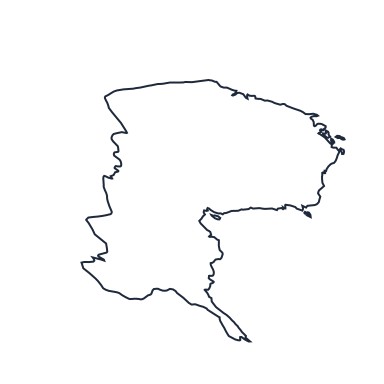 Finland, Equal Earth projection, rotated 208°
{"feature_id": "FIN", "entity_name": "Finland", "entity_type": "country or territory", "adm_level": 0, "iso_a3": "FIN", "parent_name": "Europe", "parent_adm1": "", "projection": "equal_earth", "projection_center": [24.864, 64.94], "detail": "fine", "context": "isolated", "style": "outline", "palette": "slate", "viewbox_px": 384, "rotation_deg": 208, "n_neighbors": 0, "source": "natural_earth", "source_scale": "50m", "svg_char_len": 5940}
<svg xmlns="http://www.w3.org/2000/svg" viewBox="0 0 384 384"><g transform="rotate(208 192 192)"><path d="M145.6,162.0L143.3,157.5L142.1,155.8L140.2,153.7L136.8,152.7L136.1,152.1L135.6,151.2L135.5,150.0L135.1,148.2L135.3,146.7L135.7,145.8L137.2,145.2L139.4,143.5L139.8,142.3L140.0,140.4L141.0,138.8L142.1,138.0L141.8,137.3L141.1,136.4L139.5,135.1L137.1,133.5L135.4,131.9L134.6,130.5L134.2,129.2L134.3,128.1L135.0,127.3L137.2,126.3L137.6,125.9L136.7,123.7L135.1,123.3L130.9,123.0L130.6,122.8L130.6,122.4L130.9,121.5L132.5,119.8L132.6,119.3L131.7,117.4L131.5,115.1L131.8,113.3L134.6,112.0L134.8,111.5L131.2,110.1L128.7,108.4L127.9,107.5L125.0,107.4L123.2,104.6L118.0,102.2L116.5,101.6L107.5,100.0L103.9,99.7L99.7,98.7L96.5,97.5L93.8,96.8L91.6,95.8L88.4,94.9L87.5,94.2L84.0,92.8L82.4,91.9L76.8,90.2L76.6,89.5L76.6,88.8L76.4,88.6L70.6,87.3L71.8,86.6L76.3,86.6L80.1,87.2L80.9,86.9L81.4,86.4L79.9,84.0L80.2,83.4L81.9,82.7L84.6,82.1L88.7,82.1L91.5,82.1L92.1,82.2L96.3,84.7L99.8,87.2L101.7,88.3L106.4,91.3L108.1,93.0L108.7,94.3L110.6,94.3L122.8,95.3L124.4,96.0L128.2,95.9L131.2,95.2L136.4,94.4L139.6,92.4L142.7,92.6L149.9,94.5L157.8,95.8L159.9,96.8L162.9,97.1L166.0,96.1L167.9,93.3L169.5,92.1L171.8,91.1L174.5,90.7L176.5,90.6L178.0,89.9L180.2,88.3L180.6,86.5L180.1,83.1L180.5,81.9L182.3,80.1L184.6,75.3L185.6,74.0L186.9,73.1L188.7,72.6L191.9,71.2L196.4,68.4L197.7,68.1L201.0,68.0L205.1,68.1L208.8,68.6L209.2,68.5L210.8,68.3L213.8,67.4L218.9,65.7L222.2,65.2L225.2,65.3L228.6,67.2L233.4,69.3L236.5,70.3L244.8,72.3L252.1,73.6L256.4,77.8L254.4,79.5L253.4,80.1L250.0,81.8L246.3,84.3L246.0,85.5L247.3,86.8L249.0,87.6L240.5,89.7L237.3,90.2L238.1,90.9L243.5,91.1L244.4,91.3L245.0,91.6L245.1,92.2L244.6,93.2L239.0,98.4L238.8,99.5L240.8,102.5L243.7,106.2L258.0,109.0L262.1,112.1L268.7,116.1L272.2,117.6L272.4,118.0L271.5,120.8L267.5,123.6L263.8,126.0L259.9,128.8L256.8,131.3L253.5,134.2L253.2,135.1L253.2,136.1L253.8,137.1L258.3,140.7L262.3,144.5L264.1,146.7L265.2,148.7L267.1,150.7L270.1,153.0L272.4,155.1L273.2,156.7L276.8,162.5L277.3,163.9L277.1,165.0L275.7,165.3L272.5,165.4L269.0,166.2L268.8,166.4L271.2,167.8L269.2,170.1L269.1,173.4L267.0,175.2L266.8,175.6L266.9,176.0L267.3,176.2L271.4,176.7L271.8,177.2L271.8,178.2L271.5,179.1L269.5,179.8L267.4,180.8L266.9,181.7L267.1,182.5L267.9,183.9L269.4,185.6L271.2,186.6L277.8,187.6L278.6,188.4L279.1,189.5L279.0,190.6L276.1,192.8L276.1,193.6L277.5,195.7L279.0,197.6L285.5,199.7L287.7,200.9L288.4,201.8L288.8,203.3L288.8,204.9L288.4,206.4L286.5,208.2L282.1,211.9L277.5,213.3L277.2,213.7L278.7,214.8L287.1,219.6L300.0,224.9L304.9,227.2L306.5,229.0L308.6,230.9L311.0,232.5L312.7,233.8L313.4,234.7L313.4,235.7L311.4,238.5L310.2,240.7L308.2,244.0L306.1,246.3L300.6,250.5L292.3,255.7L290.4,257.3L286.6,260.0L280.0,265.6L278.3,266.8L272.9,271.3L270.4,272.7L268.4,274.0L263.0,278.2L251.3,284.5L249.6,286.0L243.7,288.9L229.8,298.8L229.0,298.9L226.8,299.8L223.5,300.1L222.0,300.8L216.8,298.7L216.0,298.6L212.9,299.1L210.1,300.6L204.7,301.0L202.0,301.5L200.3,302.2L200.0,300.6L200.7,298.5L201.8,297.2L201.9,296.3L201.1,296.4L199.4,298.4L198.5,300.7L196.7,301.9L192.6,302.4L188.7,300.5L186.8,300.5L188.0,301.9L188.8,303.4L188.7,304.2L186.6,304.0L184.3,304.9L182.2,306.2L181.2,306.2L179.8,304.4L177.3,305.3L175.1,306.4L170.7,306.8L168.1,308.3L163.5,309.3L160.9,309.3L155.1,310.5L153.1,312.4L151.4,313.1L149.0,312.5L141.6,313.4L134.4,314.6L131.4,314.6L128.4,314.1L125.1,315.7L121.7,318.0L117.9,318.8L116.6,318.5L117.7,317.3L120.2,316.1L121.9,314.4L122.2,313.1L121.0,312.5L119.4,312.4L117.4,310.9L115.5,307.8L114.5,307.7L113.9,308.5L113.3,310.8L112.7,311.5L110.4,312.6L109.2,312.9L104.9,312.9L104.3,311.7L104.3,311.2L105.1,309.6L104.5,309.3L105.1,308.1L106.2,308.1L107.4,308.0L108.0,307.3L107.9,306.6L106.3,306.4L106.2,305.8L107.7,303.7L107.9,303.1L107.4,303.0L106.4,303.2L100.3,302.5L92.8,299.8L90.9,299.7L89.8,297.2L88.0,297.5L85.3,298.9L83.4,297.9L81.2,297.1L80.7,296.0L80.7,294.4L80.6,292.4L80.1,290.2L79.8,287.0L80.2,284.5L82.0,282.6L82.7,281.4L83.6,278.4L83.9,274.9L83.4,273.7L83.6,272.9L84.9,272.9L84.7,272.2L84.1,271.9L83.4,271.1L84.0,270.7L85.6,270.7L86.0,270.0L84.8,268.0L84.6,267.0L83.0,264.1L81.1,261.3L78.2,259.3L79.4,256.1L80.6,253.1L80.5,251.7L80.1,250.0L76.5,248.1L76.0,245.4L75.3,242.6L75.7,240.8L76.3,239.5L77.5,238.1L83.6,234.0L84.0,231.8L88.1,231.6L86.3,229.7L85.9,228.6L85.8,227.4L91.6,226.5L93.8,227.2L98.9,226.3L103.5,224.6L103.4,223.7L102.7,222.9L101.8,221.3L102.5,220.9L104.2,221.2L103.4,220.4L103.6,219.6L105.4,219.9L108.4,217.6L108.5,215.9L113.6,215.0L119.5,211.4L122.2,210.3L124.8,209.5L130.4,206.0L132.8,205.8L134.0,203.5L138.7,200.3L140.1,199.9L142.4,197.1L148.1,193.9L151.8,189.7L153.8,188.3L154.4,186.7L156.6,186.6L158.7,185.4L163.0,184.6L167.3,184.9L169.1,185.4L170.7,185.2L170.6,183.8L169.4,183.0L170.3,182.1L172.6,181.5L172.4,180.1L171.9,179.3L170.0,178.2L170.9,175.7L171.1,173.0L172.0,169.9L169.6,168.3L160.7,165.5L159.1,165.6L157.1,165.3L155.0,163.2L155.9,161.4L156.0,160.7L155.2,160.7L153.9,161.6L151.1,162.6L147.4,161.8L145.6,162.0ZM98.3,303.4L101.3,304.0L102.5,303.8L103.9,305.2L101.5,306.2L101.3,307.3L102.2,308.0L102.6,309.1L100.2,309.1L99.0,308.2L98.6,307.1L97.5,306.3L96.0,305.7L96.7,304.9L97.2,303.8L98.3,303.4ZM160.9,182.0L157.6,182.8L154.9,182.3L154.9,180.7L156.5,179.9L159.5,179.6L163.6,180.4L164.2,180.8L161.9,181.1L160.9,182.0ZM78.4,226.4L78.6,226.9L80.0,226.7L81.8,225.9L83.0,226.3L82.9,227.5L82.0,227.5L81.8,227.3L80.6,228.0L80.4,228.4L79.1,228.7L76.8,227.5L75.4,225.5L78.9,225.4L78.5,225.9L78.4,226.4ZM81.5,299.0L81.2,300.3L79.6,300.1L78.0,300.4L76.7,299.1L76.1,296.9L76.3,296.5L77.3,296.0L78.1,297.2L81.5,299.0ZM94.1,304.3L92.4,304.4L90.0,303.1L89.7,302.5L90.7,302.2L90.1,301.1L90.3,300.6L92.1,301.5L93.1,302.5L92.1,302.8L93.8,303.8L94.1,304.3ZM90.2,309.8L87.8,310.7L86.9,310.5L87.2,308.9L88.6,308.1L91.0,308.1L90.2,309.8ZM85.3,310.7L83.3,310.9L82.0,310.1L82.5,309.5L84.0,308.9L85.5,309.0L85.8,309.7L85.3,310.7Z" fill="none" stroke="#1e293b" stroke-width="2"/></g></svg>